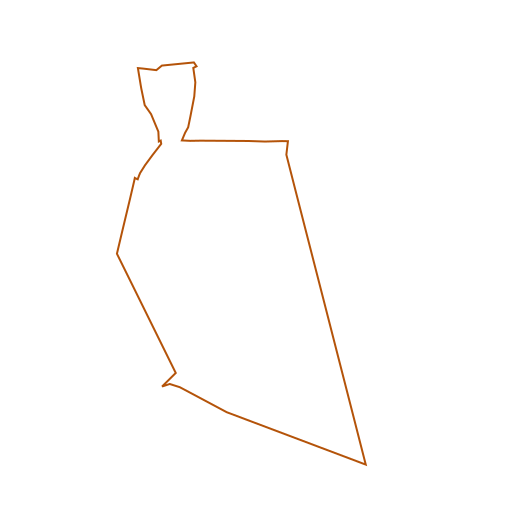 the district of San Miguel Tequixtepec, Oaxaca, Mexico, rotated 112°
{"feature_id": "50627088B88201082467203", "entity_name": "San Miguel Tequixtepec", "entity_type": "district", "adm_level": 2, "iso_a3": "MEX", "parent_name": "Mexico", "parent_adm1": "Oaxaca", "projection": "natural_earth1", "projection_center": [-97.352, 17.831], "detail": "fine", "context": "isolated", "style": "outline", "palette": "amber", "viewbox_px": 512, "rotation_deg": 112, "n_neighbors": 0, "source": "geoboundaries", "source_scale": "gbopen_adm2", "svg_char_len": 860}
<svg xmlns="http://www.w3.org/2000/svg" viewBox="0 0 512 512"><g transform="rotate(112 256 256)"><path d="M412.2,294.2L407.0,288.1L406.2,277.7L406.2,277.4L411.8,224.6L408.3,76.1L372.0,102.8L275.6,173.8L203.7,226.8L177.5,246.1L150.7,265.8L137.6,269.4L139.7,274.9L146.5,290.5L152.2,306.1L162.3,331.6L169.8,350.5L173.9,360.2L176.6,368.0L168.3,367.9L162.1,367.1L151.2,369.1L131.2,373.0L117.7,377.3L105.1,384.6L102.4,382.2L99.8,386.1L114.7,414.6L121.0,418.0L124.5,430.8L126.0,435.9L140.8,426.9L143.7,425.1L157.8,415.7L163.8,406.4L170.1,400.2L177.3,393.1L186.2,389.0L184.7,387.6L187.5,385.9L201.3,389.8L213.4,392.9L222.8,394.6L224.0,394.5L224.7,394.6L226.5,394.5L227.8,394.5L229.2,394.4L229.2,395.6L229.1,397.0L229.0,397.6L232.4,397.0L249.7,394.3L283.1,389.3L306.0,385.8L329.8,359.1L394.5,286.6L412.2,294.2Z" fill="none" stroke="#b45309" stroke-width="2"/></g></svg>